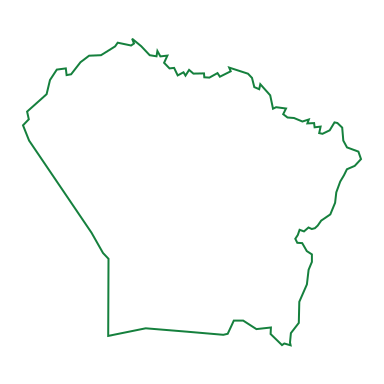 Yona, Guam
{"feature_id": "77769853B72833595516841", "entity_name": "Yona", "entity_type": "district", "adm_level": 2, "iso_a3": "GUM", "parent_name": "Guam", "parent_adm1": "", "projection": "albers", "projection_center": [144.756, 13.405], "detail": "fine", "context": "isolated", "style": "outline", "palette": "green", "viewbox_px": 384, "rotation_deg": 0, "n_neighbors": 0, "source": "geoboundaries", "source_scale": "gbopen_adm2", "svg_char_len": 1465}
<svg xmlns="http://www.w3.org/2000/svg" viewBox="0 0 384 384"><path d="M290.6,345.3L290.0,342.5L290.9,333.1L298.8,322.9L299.3,301.8L306.9,284.4L308.6,269.8L311.9,261.9L311.9,254.4L306.8,251.1L302.2,243.1L297.3,242.8L295.3,238.8L297.8,235.0L299.6,229.8L304.0,231.4L308.5,227.5L311.8,229.0L314.9,228.2L317.7,225.6L321.2,220.6L330.3,214.4L335.1,202.8L336.3,192.3L340.1,181.9L340.2,181.6L344.0,175.2L346.9,169.3L347.0,169.2L347.6,169.0L348.2,168.7L354.7,165.9L361.0,159.1L358.4,151.6L347.0,147.4L343.3,140.6L342.2,127.6L337.4,123.0L334.5,122.4L329.7,130.3L322.5,133.8L319.2,133.1L320.6,126.6L314.6,127.3L314.1,123.1L307.4,123.4L308.8,119.5L302.4,121.5L294.0,118.0L287.5,117.5L283.2,114.2L286.0,108.5L276.1,107.2L273.0,108.7L270.2,95.3L260.3,84.2L259.2,89.2L254.3,87.1L252.0,77.9L248.0,73.7L229.2,67.6L230.7,71.3L219.9,76.7L217.5,73.1L209.4,77.6L204.3,77.3L204.0,73.4L193.4,73.6L189.1,69.9L185.5,75.6L183.5,72.3L177.7,75.4L174.1,67.9L169.5,68.4L164.1,62.8L167.4,55.6L160.4,56.4L157.4,51.0L156.5,56.3L149.7,55.2L141.2,46.2L132.1,38.7L134.0,43.5L131.1,45.5L117.7,42.7L115.1,46.4L101.0,55.2L89.1,55.7L80.5,62.2L71.1,74.3L66.6,75.1L65.8,68.4L56.8,69.6L50.0,80.0L46.6,94.2L27.1,111.6L28.8,119.3L23.0,125.3L29.1,140.6L91.5,232.7L103.0,253.0L108.5,258.8L108.2,335.9L145.7,328.3L187.2,331.7L223.3,334.8L227.7,333.8L231.8,325.0L233.8,320.6L243.2,320.6L256.4,329.1L270.9,327.5L270.6,334.0L282.0,345.1L284.3,343.5L290.6,345.3Z" fill="none" stroke="#15803d" stroke-width="2"/></svg>